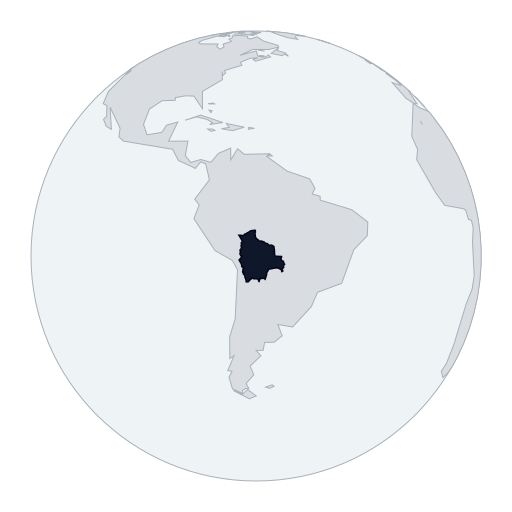 globe centered on Bolivia
{"feature_id": "BOL", "entity_name": "Bolivia", "entity_type": "country or territory", "adm_level": 0, "iso_a3": "BOL", "parent_name": "South America", "parent_adm1": "", "projection": "orthographic", "projection_center": [-65.153, -16.301], "detail": "fine", "context": "on_globe", "style": "filled", "palette": "ink", "viewbox_px": 512, "rotation_deg": 0, "n_neighbors": 0, "source": "natural_earth", "source_scale": "50m", "svg_char_len": 9500}
<svg xmlns="http://www.w3.org/2000/svg" viewBox="0 0 512 512"><circle cx="256" cy="256" r="225" fill="#eef3f6" stroke="#a8b0b8"/><path d="M195.6,39.0L196.1,38.8L198.3,38.2L200.8,37.6L205.3,36.6L211.8,35.2L211.2,35.6L216.9,34.3L216.1,34.3L218.2,33.9L222.1,33.3L220.2,33.7L222.2,33.5L220.5,33.9L223.5,33.3L223.0,34.0L229.0,32.6L233.3,32.5L231.5,33.2L224.4,34.1L202.7,40.2L198.7,42.4L200.2,43.9L218.1,44.0L216.7,46.5L220.0,49.2L224.1,46.9L223.0,44.2L231.5,41.4L229.0,39.2L232.1,38.0L232.5,35.9L240.3,35.4L247.6,36.3L247.6,38.2L250.8,38.9L257.1,36.8L263.3,41.0L278.0,45.4L278.7,47.0L268.9,49.5L252.9,49.4L240.0,55.3L256.2,50.9L257.9,56.1L261.4,57.0L265.9,56.8L268.4,54.9L270.6,56.9L255.4,61.2L253.2,59.4L258.0,57.8L250.5,58.2L240.3,62.3L241.9,65.2L224.7,70.5L225.6,72.9L222.4,75.8L222.1,71.4L222.4,79.7L202.4,91.4L202.5,108.7L193.9,96.1L185.6,95.8L175.4,97.6L175.2,100.3L162.1,100.7L149.4,109.1L143.5,124.3L147.0,134.8L161.7,132.4L166.7,125.1L177.8,122.0L168.6,141.2L187.9,141.1L185.3,155.6L190.7,162.5L200.7,159.5L210.9,162.3L218.5,153.3L230.7,148.1L230.7,159.9L237.6,148.8L244.3,154.3L268.6,153.8L266.7,156.4L287.2,171.2L309.7,178.9L315.0,188.4L312.2,193.9L320.1,196.3L320.2,200.1L351.7,209.7L367.8,222.0L367.3,235.7L353.8,249.7L341.7,283.3L317.5,292.3L311.4,306.5L292.6,327.0L277.9,324.5L282.2,335.8L274.1,342.2L264.6,342.4L263.1,350.3L256.1,350.4L260.9,355.7L250.1,366.1L253.8,374.8L246.1,383.5L248.8,388.6L245.6,388.5L242.5,390.5L242.4,393.4L232.5,388.9L229.0,377.3L232.0,371.3L227.8,370.5L234.1,355.5L229.8,358.6L229.7,336.7L235.2,318.9L237.5,269.8L232.4,260.5L215.0,250.6L193.9,218.7L199.2,204.9L194.7,199.2L209.4,179.8L205.7,163.8L200.6,161.9L195.4,168.4L178.3,160.4L172.7,149.3L123.3,141.1L118.9,136.9L120.1,128.2L110.1,107.2L111.4,129.3L106.3,126.4L103.5,119.4L106.7,116.2L106.9,105.6L103.2,103.7L108.4,91.5L126.5,73.5L126.7,74.4L131.1,70.6L131.1,69.5L130.0,69.8L137.7,64.3L151.5,56.4L165.8,49.6L180.5,43.7L195.6,39.0ZM200.7,115.1L222.9,122.5L209.8,124.5L212.3,122.6L206.9,119.3L196.5,116.9L185.1,120.2L200.7,115.1ZM211.8,104.1L207.9,103.7L211.8,103.3L211.8,104.1ZM128.8,70.5L130.6,69.8L128.9,72.1L126.9,72.7L128.8,70.5ZM133.9,66.7L129.8,69.4L130.1,69.2L130.7,68.8L133.9,66.7ZM228.3,36.4L230.3,36.2L229.2,36.7L228.3,36.4ZM226.5,35.9L223.6,36.7L222.4,36.6L224.1,36.1L226.5,35.9ZM230.3,35.1L220.5,36.4L218.3,36.3L223.2,34.6L230.3,35.1ZM214.3,34.6L215.2,34.6L210.9,35.3L214.3,34.6ZM211.0,35.3L209.8,35.5L211.0,35.3ZM241.0,31.2L243.2,31.1L239.2,31.4L241.0,31.2ZM249.4,398.8L233.5,390.6L242.3,394.2L247.7,389.6L256.2,395.9L249.4,398.8ZM265.6,387.1L272.3,384.8L274.1,386.3L269.8,388.3L265.6,387.1ZM410.7,92.2L408.8,91.2L417.0,103.8L413.6,103.3L405.9,98.2L392.1,82.5L401.3,85.6L396.6,81.1L385.5,73.1L389.3,75.1L385.9,72.5L388.4,73.9L385.6,71.7L398.5,81.5L410.7,92.2ZM457.2,357.3L457.1,357.5L452.6,365.9L448.0,372.7L442.9,377.6L441.3,371.4L446.5,363.3L453.7,345.0L466.1,304.2L472.1,289.1L474.2,275.6L472.5,242.7L473.2,228.0L471.4,220.3L468.5,219.5L465.7,210.3L463.4,208.7L444.8,205.4L435.7,192.8L416.7,159.7L417.6,149.4L411.8,136.3L413.1,103.4L420.1,108.0L428.7,111.5L431.0,114.2L437.3,122.6L443.0,130.4L451.4,143.9L458.8,157.9L465.2,172.5L470.6,187.4L474.9,202.7L478.1,218.3L480.2,234.0L481.2,249.8L481.1,265.7L479.8,281.6L477.5,297.3L474.0,312.8L469.5,328.0L463.9,342.8L457.2,357.3ZM420.5,121.1L422.4,124.7L420.5,121.1ZM269.4,153.6L272.3,156.0L268.4,156.0L269.4,153.6ZM207.7,129.1L212.5,129.0L214.9,130.5L211.2,131.3L207.7,129.1ZM248.7,127.4L254.4,128.3L248.4,129.3L248.7,127.4ZM226.4,123.5L244.2,127.2L232.6,130.7L221.4,128.7L229.3,127.4L226.4,123.5ZM209.0,110.1L212.0,110.6L210.9,112.6L209.0,110.1ZM214.6,103.9L213.5,104.1L212.1,102.7L214.6,103.9ZM258.7,55.8L260.0,55.6L264.5,55.8L262.2,56.6L258.7,55.8ZM285.4,53.0L288.4,56.3L284.7,54.2L282.1,55.6L271.1,53.4L278.6,47.7L277.1,50.4L285.4,53.0ZM258.5,49.8L264.6,51.2L257.6,49.9L258.5,49.8ZM364.7,59.2L368.6,61.2L371.9,63.5L370.3,63.7L365.4,60.2L364.7,59.2ZM360.4,56.4L361.8,57.1L362.9,57.7L364.4,58.5L367.3,60.2L381.4,68.8L385.3,71.6L380.2,69.3L379.7,68.3L376.0,66.1L373.2,63.8L359.2,55.8L359.6,55.9L360.4,56.4ZM330.1,43.3L328.9,43.1L322.7,41.2L322.8,41.1L316.8,39.3L323.5,41.1L330.1,43.3ZM240.9,32.4L238.0,32.7L240.5,32.1L240.9,32.4ZM232.3,32.0L232.2,32.0L232.8,31.9L237.4,31.5L241.3,31.2L253.5,31.4L250.8,31.6L261.1,32.4L258.1,33.3L251.5,32.6L256.9,34.4L249.7,34.2L254.1,35.5L239.8,33.9L233.6,34.3L241.7,33.4L244.6,32.3L244.1,32.0L237.8,31.8L225.8,32.9L226.8,32.6L232.3,32.0ZM305.8,36.3L296.0,35.6L295.3,37.0L297.7,39.3L287.9,37.7L279.4,35.0L272.9,32.6L275.1,31.9L270.3,31.7L269.9,31.4L273.8,31.7L267.5,31.1L268.2,31.1L266.5,31.0L286.3,32.8L305.8,36.3ZM419.0,100.6L424.5,106.6L423.5,105.6L419.0,100.6ZM416.2,97.6L418.8,100.3L416.0,97.5L415.1,96.6L416.2,97.6Z" fill="#d9dde1" stroke="#a8b0b8" stroke-width="1"/><path d="M239.7,260.9L239.7,260.7L239.5,260.2L239.2,260.1L239.1,259.9L239.2,259.7L239.7,259.3L239.9,259.3L240.0,259.1L240.1,258.9L240.5,258.4L240.8,258.0L241.0,257.8L241.3,257.6L241.4,257.1L241.4,256.8L241.5,256.7L241.8,256.5L242.0,256.3L242.1,256.2L241.8,256.0L241.3,255.8L241.0,255.8L240.8,255.7L240.7,255.6L240.0,253.9L239.9,253.6L239.9,253.4L240.3,252.6L240.5,252.3L240.8,252.0L240.7,251.8L240.2,251.2L240.0,250.9L240.0,250.6L240.0,250.2L240.3,250.0L240.4,249.7L240.5,249.5L240.6,249.4L240.8,249.2L240.9,248.9L241.2,248.7L241.3,248.6L241.3,248.1L241.5,248.0L241.8,247.9L241.8,247.5L241.6,247.1L241.4,247.0L241.2,246.2L241.0,245.9L241.1,245.7L241.4,245.1L241.4,244.7L241.3,243.0L241.3,242.7L241.5,242.5L241.8,242.2L242.0,242.1L242.2,241.9L242.2,241.6L242.3,241.4L242.5,241.2L241.9,240.3L241.5,239.5L241.0,238.8L240.5,237.9L240.2,237.3L239.8,236.6L239.4,236.0L238.9,235.2L239.4,235.2L240.3,235.2L241.2,235.3L241.7,235.4L242.0,235.5L242.2,235.8L242.4,235.7L242.6,235.7L243.1,235.5L243.5,235.4L243.8,235.2L244.0,235.0L244.4,234.4L244.7,234.1L245.0,234.0L245.6,233.9L245.8,234.0L246.1,234.0L246.3,233.7L246.6,233.3L247.2,232.8L247.6,232.7L247.8,232.6L248.1,232.5L248.4,232.4L249.9,231.2L250.5,230.9L250.9,230.8L251.2,230.8L251.7,230.6L253.0,230.4L253.9,230.4L254.1,230.5L254.4,230.5L254.7,230.2L254.9,230.1L255.1,230.2L255.3,230.5L255.4,230.8L255.3,231.0L255.3,231.4L255.4,231.8L255.4,232.3L255.1,232.8L254.9,233.0L254.9,233.3L254.9,233.6L255.0,234.1L255.3,234.8L255.3,235.3L255.2,235.6L255.1,235.9L255.1,236.2L255.2,236.3L255.3,236.4L255.3,236.6L255.4,236.9L255.5,237.2L255.8,237.5L255.9,238.0L256.0,238.2L256.4,238.4L256.5,238.5L256.6,238.8L256.6,239.0L256.9,239.1L257.2,239.2L257.4,239.3L257.8,239.7L258.1,239.9L258.5,240.1L258.6,240.4L258.8,240.8L259.4,241.0L260.2,241.1L260.7,241.2L261.2,241.0L261.6,241.0L262.0,241.2L262.2,241.3L262.5,241.5L262.9,241.8L263.3,241.9L263.6,241.8L263.8,241.7L264.0,241.8L264.1,242.1L264.2,242.3L264.4,242.5L264.9,242.9L265.1,243.1L265.4,243.1L266.1,243.3L266.7,243.6L267.1,243.7L267.4,243.6L267.6,243.7L267.7,244.1L268.3,244.7L268.5,245.0L268.9,245.2L269.7,245.2L269.9,245.3L270.3,245.2L271.4,245.1L271.6,245.1L272.2,245.4L272.9,245.8L273.4,246.1L273.7,246.3L273.9,246.6L274.0,246.9L274.1,247.2L274.0,247.6L273.9,247.7L273.8,247.9L273.9,248.2L274.1,248.5L274.2,248.8L274.3,249.4L274.4,249.6L274.5,251.5L274.0,251.5L273.3,251.5L273.5,251.6L274.1,252.3L274.6,253.0L274.6,254.0L274.7,254.7L274.7,255.6L274.8,256.1L276.1,256.2L277.5,256.3L279.3,256.4L280.9,256.5L281.1,256.5L281.3,256.4L281.5,256.4L281.6,256.6L281.6,256.9L281.6,257.2L281.1,257.8L281.1,258.0L281.1,258.8L281.3,259.5L281.3,260.1L281.5,260.3L282.0,260.6L282.8,261.2L283.1,261.3L283.4,261.3L283.5,261.5L283.5,261.9L283.9,263.0L284.2,263.7L284.3,263.9L284.5,264.1L284.3,264.2L284.2,264.3L283.9,265.1L283.6,266.1L283.3,266.8L283.5,266.8L283.5,267.0L283.6,267.3L283.3,267.3L283.2,267.4L283.0,268.0L282.6,268.7L282.2,269.5L281.9,270.0L282.3,270.3L282.9,270.9L282.8,271.1L282.5,271.2L282.3,271.2L282.1,271.4L282.0,271.6L281.7,271.6L281.8,271.0L281.8,270.4L281.7,270.3L280.7,269.5L279.7,268.9L278.5,268.1L276.8,268.0L275.1,268.0L273.4,268.3L271.8,268.7L271.0,268.8L269.5,269.1L268.6,269.2L268.3,269.9L267.9,270.8L267.6,271.4L267.2,272.0L266.6,272.8L266.6,273.8L266.6,274.8L266.1,276.1L265.8,277.3L265.4,278.4L265.2,279.1L265.1,279.3L264.8,279.0L264.5,278.6L264.5,278.4L264.4,278.4L262.9,278.4L261.4,278.4L261.2,278.5L260.9,278.4L260.7,278.4L260.5,278.5L260.3,278.7L259.7,279.8L259.4,280.3L259.2,280.7L259.1,281.5L258.8,281.4L258.6,280.7L258.5,280.3L258.3,279.8L258.0,279.3L257.7,279.1L257.4,279.0L257.1,278.9L256.6,278.8L256.3,278.8L254.8,278.8L254.7,278.7L254.1,278.8L253.7,278.8L253.4,278.5L252.7,277.9L252.6,277.7L252.3,277.6L252.1,277.6L251.9,278.2L251.7,278.6L251.6,278.8L251.1,279.0L250.6,279.2L250.3,279.2L250.2,279.4L250.1,279.7L250.0,280.0L249.3,280.4L249.2,280.6L249.1,280.9L248.7,281.4L248.6,281.6L248.0,281.8L247.2,281.9L246.8,281.9L246.4,281.9L246.1,281.7L246.1,281.3L246.1,280.9L246.1,280.4L245.8,279.7L245.8,279.2L245.7,278.7L245.3,278.4L245.2,277.9L245.2,277.5L244.9,277.0L244.9,276.3L244.9,275.7L244.4,275.1L244.0,274.3L243.6,274.3L243.5,274.2L243.4,273.7L243.5,273.5L243.7,273.1L243.0,272.6L242.8,272.4L242.7,272.3L242.7,272.1L242.9,272.0L243.0,271.9L242.8,271.5L242.8,271.2L242.7,271.1L242.8,270.9L243.3,270.8L243.4,270.5L243.4,270.3L243.3,270.1L242.9,269.6L243.3,268.9L243.6,268.5L243.7,268.4L243.6,268.2L243.4,268.1L243.1,267.9L242.9,267.7L242.6,267.4L242.2,267.1L242.0,266.8L241.8,266.6L241.8,266.4L241.8,266.0L241.6,265.4L241.5,265.0L241.4,264.5L241.4,264.2L241.3,263.9L241.2,263.6L241.1,263.4L241.2,263.2L241.3,263.1L240.6,262.7L240.3,261.9L239.7,261.4L239.7,260.9Z" fill="#0f172a" stroke="#020617" stroke-width="1.5"/></svg>